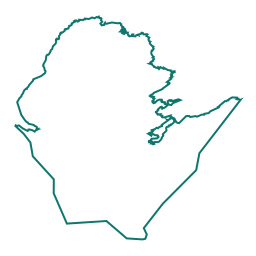 outline of Berlevåg nor, Finnmark, Norway
{"feature_id": "86288312B55537413701399", "entity_name": "Berlevåg nor", "entity_type": "district", "adm_level": 2, "iso_a3": "NOR", "parent_name": "Norway", "parent_adm1": "Finnmark", "projection": "orthographic", "projection_center": [29.154, 70.681], "detail": "fine", "context": "isolated", "style": "outline", "palette": "teal", "viewbox_px": 256, "rotation_deg": 0, "n_neighbors": 0, "source": "geoboundaries", "source_scale": "gbopen_adm2", "svg_char_len": 5664}
<svg xmlns="http://www.w3.org/2000/svg" viewBox="0 0 256 256"><path d="M199.4,153.2L240.6,99.8L239.9,100.1L238.6,99.1L237.4,99.4L237.2,99.1L237.4,98.9L237.0,98.9L237.2,98.7L236.9,98.5L237.1,98.2L235.9,97.8L236.1,97.6L232.2,97.4L229.1,99.1L228.4,100.3L227.7,100.1L226.2,101.3L225.0,101.1L219.4,105.8L219.4,106.4L218.7,106.7L218.9,106.8L218.8,107.4L210.3,111.3L208.7,113.1L204.3,113.8L204.0,114.1L204.4,114.4L204.2,114.7L201.8,114.6L197.0,116.7L195.7,116.1L190.3,117.0L189.2,116.0L186.2,116.1L179.0,123.2L176.4,122.4L174.3,118.4L173.8,118.2L173.5,119.2L174.4,120.8L173.8,122.5L171.1,124.9L170.5,124.6L170.0,125.5L168.8,125.5L168.6,126.6L166.8,126.9L166.1,128.0L166.5,130.1L166.4,130.7L162.9,134.1L162.8,134.5L163.3,135.2L163.1,135.9L161.7,137.7L161.8,138.2L161.0,139.6L159.1,141.6L157.5,142.2L154.9,141.9L154.3,142.4L154.2,144.0L153.0,144.3L152.8,144.2L153.9,143.8L152.8,142.8L152.9,142.2L151.2,141.0L151.5,140.7L151.2,140.8L151.0,141.1L151.0,142.4L151.3,142.4L151.0,141.4L151.3,141.2L151.4,142.2L151.5,141.7L152.4,142.4L151.9,142.6L152.1,142.3L151.8,142.1L151.2,142.5L149.0,142.3L148.8,141.3L148.9,141.0L151.0,140.5L151.0,139.4L151.7,138.8L157.0,138.4L158.5,137.0L157.6,136.1L157.9,135.6L157.2,135.2L155.1,135.2L153.2,134.1L151.7,134.6L151.3,135.7L148.4,133.8L149.4,133.6L148.9,133.3L149.2,132.9L152.1,132.3L153.1,131.0L152.3,130.7L152.6,130.5L152.1,130.0L154.6,129.3L156.8,127.7L158.0,128.3L159.3,127.0L162.0,126.1L162.0,125.3L161.5,125.4L161.7,124.9L167.8,120.5L167.3,119.9L168.2,120.2L170.0,118.9L169.7,118.6L169.8,118.3L170.8,118.0L172.5,118.6L172.5,117.8L171.0,116.3L169.9,116.0L170.1,115.7L164.5,117.4L162.2,117.3L161.5,116.3L162.1,115.6L159.4,114.7L159.8,114.3L157.7,114.6L157.3,114.2L157.5,113.6L155.9,112.4L155.9,111.8L157.5,111.0L158.2,110.1L157.8,109.6L160.4,107.1L161.7,106.7L162.1,107.2L161.6,107.8L162.5,108.4L161.3,109.1L164.5,107.7L166.4,106.3L167.3,105.3L167.0,105.0L167.5,104.5L171.3,105.0L173.0,103.1L180.4,100.1L178.5,99.3L171.9,101.2L170.4,100.9L170.9,100.1L169.4,100.1L167.7,101.2L167.9,102.3L167.5,103.1L168.0,103.5L166.8,104.5L164.5,103.8L164.3,103.0L165.0,102.5L164.8,102.1L161.9,102.1L162.1,101.0L161.5,100.9L161.8,100.5L161.8,99.7L159.5,99.6L157.1,100.6L155.1,102.7L153.5,103.2L152.5,102.1L152.3,101.3L153.3,101.0L152.8,100.7L154.4,98.6L153.1,98.1L153.9,96.9L151.7,96.3L151.1,96.9L150.0,96.1L150.6,95.8L150.4,95.3L153.2,93.8L153.7,92.9L162.6,89.0L162.7,88.8L162.2,88.9L167.1,85.4L166.9,85.4L169.2,83.5L169.1,83.3L170.3,82.9L167.8,82.8L167.7,82.2L168.1,82.1L167.1,81.9L170.8,79.1L170.6,79.0L171.2,78.3L170.9,77.8L171.5,77.4L171.2,77.4L171.5,77.2L171.2,76.6L171.8,75.9L171.4,75.7L171.7,75.3L171.3,75.0L171.8,74.4L171.6,74.3L171.8,74.3L171.6,74.2L171.8,74.1L171.7,73.4L173.5,72.6L173.2,72.5L173.7,72.3L173.4,72.1L173.6,71.7L175.5,71.1L171.3,71.6L170.1,70.6L170.3,70.4L167.7,70.0L164.8,68.3L164.9,68.5L163.7,68.9L160.4,67.1L158.9,69.3L158.3,69.4L158.8,69.1L158.6,67.9L159.1,67.6L158.1,67.1L157.9,67.8L158.1,68.1L157.9,68.3L154.6,67.1L154.8,66.9L152.4,65.1L151.2,62.4L150.8,62.7L151.2,64.1L149.4,63.6L150.2,63.3L150.3,62.5L151.4,61.5L153.2,60.9L153.0,60.3L153.1,59.9L153.9,59.2L153.4,58.9L153.7,58.4L153.3,57.8L153.6,57.2L153.1,57.2L153.4,56.9L151.4,54.1L151.3,52.7L151.4,51.5L151.8,51.2L151.6,51.1L151.8,50.4L153.1,49.8L153.7,48.7L153.1,48.0L153.3,47.7L152.8,46.6L153.1,46.4L152.1,46.0L149.8,43.5L149.8,42.2L150.3,41.6L149.2,41.2L148.5,39.8L148.8,39.0L148.6,38.7L148.8,38.3L149.3,37.6L146.4,36.0L147.0,34.8L146.7,34.7L147.3,34.3L147.1,34.2L143.8,34.4L142.9,33.8L143.1,33.7L142.8,32.9L141.7,32.7L141.4,33.0L141.9,33.4L138.1,34.7L138.3,35.1L137.5,34.7L137.3,34.8L137.5,35.1L136.1,35.4L135.3,36.4L132.1,35.9L133.2,34.4L132.9,34.3L132.0,34.6L132.1,35.2L131.7,36.0L129.4,36.3L128.4,35.6L128.2,35.2L128.4,34.7L127.2,33.4L127.7,32.6L126.0,32.5L125.8,31.1L125.1,29.8L124.9,29.9L125.6,31.0L125.9,32.4L125.5,32.4L125.5,31.9L125.0,31.5L125.4,32.5L124.3,34.0L122.4,33.3L123.4,31.9L122.8,30.9L122.1,31.9L120.4,31.6L122.2,30.3L122.5,30.6L122.4,30.3L123.0,29.7L122.0,29.5L122.4,29.2L122.4,28.5L123.7,28.3L123.2,28.0L123.5,27.7L123.4,27.1L122.4,26.8L122.7,26.4L122.3,26.6L121.0,25.2L120.8,24.3L121.1,24.1L120.0,23.0L117.7,23.3L111.9,22.5L106.1,23.8L105.2,23.6L105.0,22.8L104.4,23.6L104.2,24.9L101.7,25.3L100.4,23.6L102.2,21.8L101.0,20.2L101.5,18.7L100.8,18.0L99.5,18.2L98.8,16.6L97.7,17.4L96.6,17.0L94.7,18.3L92.1,17.5L88.9,19.0L85.1,18.6L85.1,19.3L83.9,19.3L83.2,20.0L80.1,19.8L80.3,20.0L79.0,20.4L78.8,21.1L77.8,21.6L76.4,20.4L74.8,20.6L74.4,21.1L74.6,21.4L74.3,21.4L74.6,21.9L71.7,23.4L71.7,24.1L71.9,24.2L71.4,25.2L69.2,25.9L69.3,26.4L68.8,26.9L68.4,28.5L66.3,28.9L66.6,29.1L64.6,30.0L64.5,31.0L62.9,32.2L60.6,32.7L60.5,33.1L60.9,33.4L60.2,33.8L60.3,34.3L58.9,36.3L59.2,37.7L59.0,38.8L58.2,39.2L57.1,38.6L56.7,39.5L56.0,39.5L56.1,40.3L55.9,40.6L56.2,41.3L55.6,43.7L53.0,46.2L52.2,49.0L50.7,50.3L50.6,51.2L49.1,54.0L48.3,54.8L47.3,54.7L46.2,56.2L46.2,57.3L45.7,60.3L43.6,64.0L43.3,64.7L43.5,65.1L43.1,65.9L44.4,68.0L44.6,69.9L45.6,71.2L45.0,73.1L40.9,76.2L33.3,79.3L33.1,80.0L33.1,80.6L28.9,85.3L28.5,86.5L26.8,88.2L26.8,88.9L25.8,88.9L24.3,90.3L23.4,92.1L23.3,92.8L21.5,95.4L21.4,96.3L19.3,98.4L17.2,102.2L21.3,114.9L25.0,120.3L26.7,122.1L27.8,122.5L28.5,123.7L33.8,125.0L35.0,126.4L34.9,126.0L36.6,126.7L37.3,128.5L38.0,128.8L36.8,129.0L36.9,129.4L36.8,129.7L37.1,129.8L36.1,130.3L36.8,129.5L36.2,129.7L34.7,131.6L32.3,130.2L29.4,129.4L28.4,129.6L28.4,130.3L27.5,130.9L22.9,128.5L18.9,125.4L16.7,126.1L15.8,125.3L15.4,126.0L23.7,133.8L30.4,142.5L32.8,156.3L53.8,179.4L53.7,193.3L66.9,223.6L106.4,221.0L126.7,238.4L142.5,239.4L145.3,238.8L146.8,234.5L143.8,228.1L162.9,203.6L196.2,170.1L199.4,153.2Z" fill="none" stroke="#0f766e" stroke-width="2"/></svg>